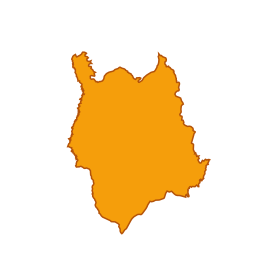 the district of Buta, Orientale, Democratic Republic of the Congo, rotated 59°
{"feature_id": "63176286B70684258400559", "entity_name": "Buta", "entity_type": "district", "adm_level": 2, "iso_a3": "COD", "parent_name": "Democratic Republic of the Congo", "parent_adm1": "Orientale", "projection": "mercator", "projection_center": [25.009, 2.835], "detail": "fine", "context": "isolated", "style": "filled", "palette": "amber", "viewbox_px": 256, "rotation_deg": 59, "n_neighbors": 0, "source": "geoboundaries", "source_scale": "gbopen_adm2", "svg_char_len": 5771}
<svg xmlns="http://www.w3.org/2000/svg" viewBox="0 0 256 256"><g transform="rotate(59 128 128)"><path d="M109.8,184.9L110.8,185.6L111.1,187.0L112.9,189.3L113.5,188.3L115.1,187.4L115.9,186.5L116.7,187.1L118.4,186.7L118.7,187.5L118.4,188.1L118.6,188.5L119.4,188.3L119.6,187.2L119.9,187.2L120.9,188.0L122.1,187.2L122.8,187.7L123.4,187.4L124.1,187.5L124.8,186.6L125.3,187.5L125.9,187.8L126.2,187.0L127.0,188.2L127.5,187.6L127.8,187.7L128.3,188.5L128.9,187.5L129.6,187.5L130.0,187.8L130.5,189.3L132.0,190.8L133.1,191.4L133.4,192.3L134.5,192.4L135.0,192.2L135.7,190.5L136.1,190.1L136.4,188.5L136.8,187.9L138.9,186.7L139.5,186.6L140.4,185.8L140.9,184.2L142.3,183.1L143.2,182.4L145.2,182.2L149.1,184.2L150.5,184.2L152.5,185.2L154.9,184.7L155.5,184.8L156.2,185.4L157.7,185.7L158.3,186.1L159.1,187.5L159.1,188.0L159.8,188.8L160.7,189.4L161.5,189.5L162.7,190.4L163.0,190.9L165.9,191.7L166.2,191.9L165.9,192.4L166.2,192.7L167.3,192.7L168.3,193.4L169.9,193.5L172.0,193.2L172.6,193.5L173.7,193.4L175.6,193.9L176.9,195.6L177.7,196.0L179.1,196.2L181.5,195.7L182.0,195.9L183.5,195.7L185.4,196.0L185.9,196.7L187.6,196.1L189.5,196.1L191.3,195.6L198.4,190.8L199.6,190.6L201.8,187.4L204.9,185.7L206.4,185.3L207.8,186.7L209.8,186.7L210.8,186.9L212.3,187.8L213.9,188.1L215.4,187.7L215.1,186.3L213.7,183.5L213.4,181.2L208.7,173.2L207.7,171.1L207.1,168.5L207.1,164.4L207.8,162.8L208.9,161.5L208.8,160.0L206.4,154.2L205.3,152.3L204.1,150.7L202.2,146.9L203.3,145.8L203.9,144.1L204.1,141.5L205.8,138.3L206.7,134.0L206.6,132.9L203.4,129.3L202.2,127.0L204.1,125.6L204.7,123.2L208.3,122.3L210.0,121.6L211.1,120.6L212.6,118.3L216.9,114.2L216.2,113.9L215.2,112.9L215.2,111.9L217.4,112.3L218.1,111.5L218.1,111.1L217.6,110.7L214.6,110.1L213.1,109.2L212.7,108.7L212.2,108.8L211.6,108.3L211.3,107.6L211.3,106.6L210.6,106.4L210.2,105.1L210.4,104.6L211.4,104.1L211.2,103.1L212.8,100.8L212.3,98.6L213.1,98.4L213.5,98.0L214.2,98.2L214.7,97.6L214.3,97.2L213.2,97.0L212.4,96.2L212.0,95.7L212.0,94.8L211.3,94.1L209.7,93.6L209.4,93.1L209.4,92.2L210.7,92.6L211.2,91.9L211.1,91.6L210.4,91.7L210.2,91.5L210.5,89.9L210.2,89.1L209.6,89.2L207.8,87.6L207.2,86.2L206.6,85.5L204.9,84.7L204.0,82.7L202.5,82.3L202.0,81.4L200.4,80.4L200.2,78.9L200.5,78.0L200.4,77.8L199.5,78.0L198.2,75.9L197.4,75.5L197.3,74.4L196.8,74.7L196.3,75.6L196.1,77.0L194.8,77.6L194.7,77.8L195.4,80.0L194.1,80.9L195.5,83.3L195.4,83.9L194.6,84.6L191.9,84.6L191.1,84.2L190.9,82.8L188.9,82.5L188.5,81.7L187.7,83.7L186.8,83.1L186.4,83.5L184.6,82.9L184.4,84.0L183.6,83.1L182.8,83.5L180.1,83.1L176.0,80.4L175.0,80.5L173.9,81.4L173.5,81.3L166.7,74.1L166.4,72.9L165.8,72.4L163.7,73.6L162.7,72.8L161.5,72.5L159.2,73.3L158.2,74.3L157.2,76.3L154.7,77.9L153.2,78.2L152.6,78.1L151.9,77.2L149.8,76.8L148.8,77.9L146.4,75.9L145.6,75.8L144.4,76.9L143.0,76.6L141.7,74.2L139.2,73.0L136.7,71.1L136.1,69.9L136.0,68.3L134.3,68.0L132.6,68.2L129.5,67.5L128.1,68.4L125.5,70.5L123.2,70.4L122.2,69.2L121.8,67.8L121.7,66.4L122.2,65.5L122.1,65.0L121.5,64.4L119.2,63.7L116.8,61.2L115.9,60.8L115.0,60.9L114.1,62.7L113.5,62.7L112.5,62.0L111.4,61.8L110.6,61.2L108.7,60.8L107.3,60.2L105.6,60.4L104.4,60.1L103.4,60.2L103.1,59.4L101.8,59.3L99.5,60.7L97.9,60.8L97.1,61.5L95.9,61.4L95.5,63.2L95.1,63.6L93.8,63.1L92.5,63.4L91.3,63.0L90.3,62.0L90.4,61.2L89.6,60.3L88.8,59.8L87.4,59.6L84.6,61.7L83.1,62.0L82.6,63.0L80.2,63.4L81.7,64.1L82.2,65.2L85.3,66.2L87.6,67.9L89.3,69.6L89.7,70.9L91.0,72.1L92.6,74.9L93.1,76.3L92.2,79.6L92.3,84.7L93.0,88.5L94.6,91.5L94.6,94.9L94.3,95.3L93.1,95.2L92.7,94.3L92.3,91.9L91.9,91.4L90.9,92.0L89.5,94.8L90.3,96.4L89.2,97.3L87.9,97.6L85.3,97.3L84.2,97.7L82.9,97.6L81.6,98.9L80.8,98.8L80.0,99.6L79.1,99.1L77.3,100.3L76.6,100.2L75.2,100.9L73.5,102.5L71.8,103.5L71.6,104.2L71.9,105.9L71.2,109.0L71.6,110.8L71.5,111.9L70.4,115.5L70.3,118.5L71.4,121.6L73.4,123.4L74.4,125.3L74.4,126.0L74.1,127.5L73.5,128.6L73.4,130.3L72.2,130.7L72.0,131.6L68.6,132.0L67.9,132.7L67.5,134.2L66.2,134.7L64.2,133.7L64.1,133.0L64.2,132.3L66.2,130.2L66.2,129.7L65.8,129.4L63.9,129.0L63.5,128.7L63.5,127.3L61.8,128.4L59.8,128.3L57.9,129.1L57.0,128.1L56.3,128.0L55.0,129.8L54.5,129.8L53.6,129.1L53.3,128.5L53.3,127.0L53.9,126.0L52.2,126.4L51.3,125.2L51.0,126.9L50.4,127.7L49.2,128.4L47.6,127.7L47.4,125.9L46.0,126.2L44.4,127.7L43.6,127.5L42.8,126.8L42.8,125.2L42.5,125.1L40.8,126.1L39.7,127.6L39.8,128.3L40.7,129.7L40.9,131.6L40.7,135.3L40.2,135.5L37.9,135.2L37.9,137.5L38.4,138.6L39.9,140.6L40.5,140.9L41.6,140.7L42.5,141.4L44.0,141.4L44.3,141.6L44.4,142.4L45.0,142.6L45.0,142.0L45.6,142.2L46.6,143.5L47.1,143.5L47.8,144.0L48.1,143.9L48.5,143.1L49.2,143.1L49.7,143.4L50.5,142.9L52.6,144.1L53.0,144.7L55.8,144.8L57.3,145.7L58.2,145.4L61.4,146.3L61.9,146.7L62.7,145.3L63.9,145.9L66.6,144.9L67.5,145.4L68.1,146.8L68.5,147.0L69.2,146.2L69.6,146.4L70.5,147.5L70.8,146.6L71.1,146.5L71.6,147.5L71.9,147.5L72.5,146.6L73.0,146.6L73.2,147.0L73.0,147.9L74.2,147.6L75.0,148.7L75.4,148.7L76.4,148.0L76.6,148.4L75.7,149.1L75.8,149.7L76.4,150.7L76.7,150.3L77.0,150.3L78.4,152.4L79.3,152.9L78.6,153.2L78.2,153.7L78.7,154.5L79.0,154.1L80.5,153.7L80.9,154.9L81.6,155.6L82.5,155.5L82.2,157.2L82.6,157.7L82.5,158.3L83.3,158.6L84.1,158.0L84.5,158.1L84.8,158.6L84.6,159.3L85.1,160.0L85.0,161.0L85.6,161.1L86.4,160.6L87.6,161.7L87.8,161.1L88.4,161.7L88.7,161.0L89.1,161.0L89.7,161.6L89.7,162.1L89.2,162.6L89.4,162.9L90.4,163.7L90.7,163.0L91.3,163.3L91.2,164.4L91.5,165.1L92.0,164.8L92.5,165.9L92.4,166.5L94.4,167.6L94.0,168.8L94.3,169.3L94.8,168.9L95.0,169.0L94.9,170.5L95.9,171.0L97.2,173.3L98.1,173.6L98.5,175.8L98.9,176.2L99.2,176.2L99.5,175.4L99.9,175.4L102.0,178.0L103.9,178.5L104.2,179.2L104.9,178.7L105.0,179.9L105.3,180.4L105.6,180.1L106.0,180.3L106.7,182.4L107.3,182.6L106.7,184.3L108.3,184.2L108.1,183.3L108.6,183.1L109.2,183.6L109.8,184.9Z" fill="#f59e0b" stroke="#b45309" stroke-width="1.5"/></g></svg>